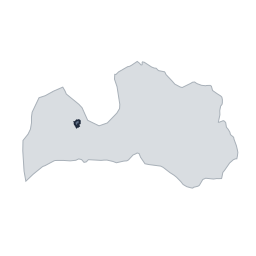 location of Pūres pag., Tukums, Latvia, rotated 355°
{"feature_id": "27541924B42244079207170", "entity_name": "Pūres pag.", "entity_type": "district", "adm_level": 2, "iso_a3": "LVA", "parent_name": "Latvia", "parent_adm1": "Tukums", "projection": "mercator", "projection_center": [22.936, 57.042], "detail": "fine", "context": "in_parent", "style": "filled", "palette": "slate", "viewbox_px": 256, "rotation_deg": 355, "n_neighbors": 0, "source": "geoboundaries", "source_scale": "gbopen_adm2", "svg_char_len": 3344}
<svg xmlns="http://www.w3.org/2000/svg" viewBox="0 0 256 256"><g transform="rotate(355 128 128)"><path d="M187.3,193.5L185.8,193.2L181.5,191.6L178.0,189.1L175.8,185.8L172.1,181.3L169.7,179.0L165.9,176.1L159.5,170.2L157.2,168.8L145.9,166.3L141.8,165.1L138.0,158.3L136.8,154.4L134.9,153.7L132.9,154.6L130.7,155.3L125.6,159.9L124.0,160.6L120.8,160.6L113.4,161.6L110.1,160.0L104.2,158.1L101.1,157.9L98.3,157.9L85.8,156.1L83.5,158.1L81.2,158.4L79.0,155.4L76.2,154.5L73.2,155.6L67.6,155.7L61.0,154.7L52.6,154.0L51.4,154.3L42.0,158.3L39.7,158.9L29.6,165.7L21.6,172.1L20.7,161.9L21.2,141.5L22.3,131.3L27.9,125.4L30.7,120.7L32.3,114.5L32.8,108.7L33.9,103.9L42.0,90.1L48.4,88.6L57.0,84.8L66.6,81.6L68.5,85.7L69.5,88.8L81.1,100.1L84.0,103.8L88.5,116.8L99.3,123.3L107.8,121.2L111.4,118.1L118.2,112.2L121.3,107.9L121.9,103.8L120.7,86.0L118.8,78.2L119.5,73.4L120.7,73.6L123.5,71.3L133.0,66.9L134.9,66.7L137.0,65.8L143.0,62.5L144.9,64.3L146.5,66.3L147.4,66.3L147.8,65.6L147.7,64.3L148.1,63.4L149.9,63.9L156.8,69.3L159.4,70.6L161.2,70.9L163.4,73.5L169.3,75.2L170.0,76.5L170.5,78.1L176.0,85.0L178.5,88.4L183.4,91.6L185.5,92.4L194.1,89.1L196.4,88.0L198.4,88.0L200.4,89.7L205.0,91.9L209.2,92.7L209.9,92.5L213.5,92.7L214.7,93.6L215.5,98.0L219.5,101.4L223.2,104.2L224.2,105.5L224.5,108.1L224.2,111.0L223.8,112.5L222.2,114.3L220.9,118.7L220.7,122.9L218.5,130.1L219.0,130.3L223.5,129.0L224.8,129.7L225.8,131.3L226.1,135.8L227.6,137.9L229.1,141.0L229.5,143.5L232.4,146.4L232.6,148.3L234.4,155.0L235.0,158.9L235.3,161.9L234.5,165.6L233.7,168.2L232.8,168.0L230.3,168.7L226.2,171.7L220.2,178.9L218.6,180.5L217.0,186.0L216.7,186.5L213.2,186.3L212.2,186.1L208.7,186.3L201.0,184.8L198.0,185.8L194.1,191.3L192.6,192.1L188.1,192.8L187.3,193.5Z" fill="#d9dde1" stroke="#a8b0b8" stroke-width="1"/><path d="M75.9,121.2L76.0,121.2L76.3,121.3L76.5,121.4L76.6,121.5L76.7,121.8L76.6,122.0L76.8,122.2L76.7,122.4L76.7,122.5L76.6,122.8L76.7,123.0L76.8,123.1L76.9,122.9L77.0,122.8L77.1,122.7L77.4,122.5L77.5,122.5L77.6,122.4L77.6,122.5L77.8,122.6L78.0,122.7L77.9,122.7L78.0,122.7L78.3,122.7L78.4,122.3L78.4,122.2L78.5,122.1L78.8,122.1L79.2,121.9L79.3,121.9L79.2,121.7L79.4,121.5L79.4,121.4L79.2,121.2L78.9,120.9L78.7,120.8L78.7,120.7L78.4,120.4L78.5,120.3L78.6,120.2L78.4,119.9L78.5,119.7L78.7,119.8L78.8,119.9L79.0,119.8L79.0,119.7L79.3,119.6L79.5,119.6L79.8,119.6L79.8,119.4L80.0,119.3L80.3,119.3L80.4,119.2L80.5,119.2L80.5,118.9L80.4,118.8L80.5,118.7L80.4,118.6L80.2,118.6L80.1,118.4L80.1,118.2L80.0,117.9L80.3,117.8L80.3,117.7L80.4,117.8L80.5,117.8L80.5,117.7L80.5,117.4L80.6,117.2L80.8,117.1L80.8,116.9L80.8,116.7L80.7,116.5L80.6,116.4L80.4,116.2L80.2,116.1L80.0,115.9L79.8,115.8L79.7,115.7L79.4,115.7L79.3,115.8L79.2,115.8L78.9,115.9L78.7,115.9L78.6,116.0L78.4,116.0L78.3,115.9L78.2,115.9L78.2,116.0L78.0,116.3L77.9,116.4L77.8,116.6L77.8,116.4L77.7,116.1L77.5,115.9L77.4,115.8L77.2,116.0L77.0,116.3L76.7,116.5L76.7,116.8L76.5,117.1L76.4,117.1L76.1,117.2L75.8,117.2L75.6,117.2L75.4,117.3L75.0,117.3L75.1,117.5L74.9,117.7L74.7,117.8L74.8,117.8L75.0,117.9L75.2,118.0L75.3,118.1L75.2,118.4L75.3,118.4L75.2,118.4L75.3,118.4L75.3,118.5L75.5,118.7L75.5,118.8L75.4,118.8L75.3,119.0L75.2,119.1L75.1,119.5L75.2,119.8L75.4,119.8L75.5,119.8L75.8,120.0L76.0,120.0L76.1,120.3L76.1,120.5L76.3,120.7L76.2,120.7L75.8,120.8L75.9,121.2Z" fill="#64748b" stroke="#1e293b" stroke-width="1.5"/></g></svg>